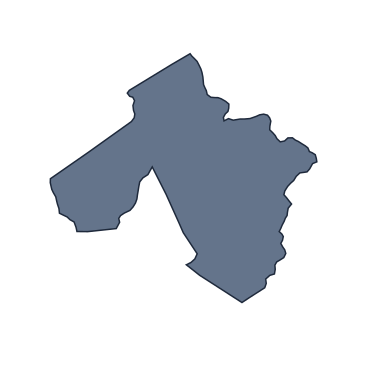 Umirim, Ceará, Brazil (Natural Earth projection), rotated 240°
{"feature_id": "56859067B7919726635924", "entity_name": "Umirim", "entity_type": "district", "adm_level": 2, "iso_a3": "BRA", "parent_name": "Brazil", "parent_adm1": "Ceará", "projection": "natural_earth1", "projection_center": [-39.389, -3.68], "detail": "fine", "context": "isolated", "style": "filled", "palette": "slate", "viewbox_px": 384, "rotation_deg": 240, "n_neighbors": 0, "source": "geoboundaries", "source_scale": "gbopen_adm2", "svg_char_len": 1950}
<svg xmlns="http://www.w3.org/2000/svg" viewBox="0 0 384 384"><g transform="rotate(240 192 192)"><path d="M155.7,315.2L159.1,316.5L162.7,317.4L165.9,315.7L168.3,313.9L172.3,314.4L175.5,313.1L178.8,311.3L182.7,309.3L185.2,307.5L188.7,306.1L190.9,302.1L189.9,297.7L191.3,293.5L195.7,292.2L199.2,292.3L202.8,291.6L207.0,290.4L210.0,292.3L214.0,295.7L217.4,296.3L220.8,295.8L223.6,293.0L225.0,289.2L225.4,285.3L226.6,279.0L228.8,274.3L231.2,270.0L233.6,263.6L237.3,260.3L237.6,255.3L240.9,256.5L243.0,259.9L243.8,263.4L246.2,265.7L249.7,267.9L253.8,266.4L258.1,263.9L260.7,261.7L262.4,258.9L264.6,255.7L268.8,253.9L272.7,255.1L275.8,255.3L279.2,255.7L282.2,257.1L286.1,258.9L290.5,260.4L294.1,261.2L298.3,261.5L302.6,261.7L306.2,260.8L309.8,259.8L312.7,259.5L312.6,238.3L311.4,188.6L310.0,185.4L306.0,185.9L303.7,188.1L299.8,187.9L296.4,184.1L292.0,182.2L288.2,181.5L285.2,179.1L283.3,174.8L278.2,122.1L274.3,76.0L270.9,73.9L267.7,72.9L264.5,71.9L260.9,71.6L255.9,71.6L251.9,70.3L248.7,69.4L244.2,68.5L239.9,66.6L236.6,68.8L232.8,71.4L229.0,72.5L225.0,74.9L219.3,73.9L215.3,72.6L209.8,81.9L198.2,108.1L202.0,114.2L205.7,115.3L207.3,118.3L207.6,123.0L207.1,129.1L208.5,133.4L210.7,137.5L213.5,140.8L216.9,143.4L219.9,145.9L223.6,148.9L226.9,151.8L228.8,156.6L229.1,162.5L231.4,166.3L233.6,170.1L202.8,168.4L171.9,165.3L161.1,164.1L135.9,165.6L132.6,161.0L131.5,156.0L131.8,150.7L116.0,157.0L71.3,180.0L71.8,187.8L72.1,193.9L72.7,207.1L75.7,210.6L79.8,212.3L80.9,217.7L79.8,222.4L83.4,225.4L87.2,227.2L89.1,230.4L89.1,234.0L89.3,238.7L91.9,242.5L95.6,243.4L99.0,243.1L103.1,243.2L104.9,246.2L107.8,248.8L110.8,248.8L114.1,247.7L116.0,250.6L118.3,253.6L120.5,257.1L122.6,259.7L124.1,262.6L126.7,264.5L129.9,267.2L131.8,272.2L136.2,271.5L140.0,271.0L143.7,270.2L146.5,272.9L149.0,277.6L150.3,281.8L151.1,285.8L153.5,290.2L154.6,295.0L153.1,298.6L151.9,301.7L153.2,305.5L156.3,310.6L155.7,315.2Z" fill="#64748b" stroke="#1e293b" stroke-width="1.5"/></g></svg>